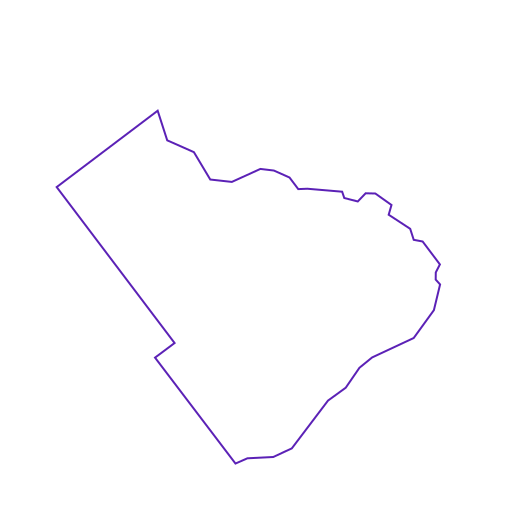 Hood River, Oregon, United States of America (Natural Earth projection), rotated 143°
{"feature_id": "52423323B12967168395878", "entity_name": "Hood River", "entity_type": "district", "adm_level": 2, "iso_a3": "USA", "parent_name": "United States of America", "parent_adm1": "Oregon", "projection": "natural_earth1", "projection_center": [-121.734, 45.492], "detail": "fine", "context": "isolated", "style": "outline", "palette": "violet", "viewbox_px": 512, "rotation_deg": 143, "n_neighbors": 0, "source": "geoboundaries", "source_scale": "gbopen_adm2", "svg_char_len": 638}
<svg xmlns="http://www.w3.org/2000/svg" viewBox="0 0 512 512"><g transform="rotate(143 256 256)"><path d="M397.3,102.6L384.6,99.6L363.2,85.1L349.5,82.2L348.8,82.0L343.2,80.8L285.5,97.2L263.6,96.8L240.6,104.5L224.3,105.1L179.4,95.6L146.5,105.7L126.1,122.5L126.7,129.0L122.3,134.7L114.2,138.6L114.2,167.3L120.3,174.0L116.5,184.9L125.2,209.1L117.1,215.2L123.1,234.1L130.7,240.1L141.9,238.3L150.6,249.2L148.5,255.5L174.5,278.8L182.0,284.0L182.0,298.5L190.3,313.5L200.1,322.9L230.7,329.7L246.5,344.6L243.1,376.3L257.3,401.8L247.1,431.2L373.7,431.0L373.4,235.5L397.8,235.6L397.3,102.6Z" fill="none" stroke="#5b21b6" stroke-width="2"/></g></svg>